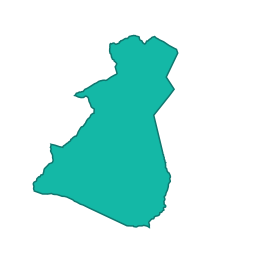 Yamaranguila, Intibucá, Honduras, rotated 23°
{"feature_id": "27666195B33223985620442", "entity_name": "Yamaranguila", "entity_type": "district", "adm_level": 2, "iso_a3": "HND", "parent_name": "Honduras", "parent_adm1": "Intibucá", "projection": "natural_earth1", "projection_center": [-88.263, 14.28], "detail": "fine", "context": "isolated", "style": "filled", "palette": "teal", "viewbox_px": 256, "rotation_deg": 23, "n_neighbors": 0, "source": "geoboundaries", "source_scale": "gbopen_adm2", "svg_char_len": 5609}
<svg xmlns="http://www.w3.org/2000/svg" viewBox="0 0 256 256"><g transform="rotate(23 128 128)"><path d="M146.7,106.2L153.4,82.1L155.3,74.3L143.3,66.2L144.5,39.6L141.9,36.7L138.8,36.5L133.5,36.0L127.0,34.7L122.6,34.6L121.9,34.5L121.1,34.3L120.4,34.2L119.0,34.2L117.3,33.6L116.8,33.4L116.4,33.8L115.1,34.8L114.7,35.2L114.4,35.8L114.2,36.6L113.1,38.1L112.2,40.2L112.0,40.4L111.6,40.5L111.2,40.8L111.2,41.2L111.2,42.8L110.9,43.8L110.5,44.2L110.3,44.3L109.1,43.8L108.3,43.8L107.5,43.1L107.2,42.7L106.4,42.3L105.3,42.5L105.1,42.5L104.9,42.4L104.3,42.0L103.5,41.2L102.8,40.0L102.5,39.8L102.1,39.8L101.2,39.9L99.9,40.2L99.2,40.2L98.7,40.1L97.3,40.6L97.1,40.6L96.0,41.4L95.0,42.0L94.1,42.9L93.7,43.0L93.3,43.4L93.3,43.8L93.2,44.4L92.4,45.9L91.0,46.4L90.5,46.8L89.8,47.7L88.4,49.7L87.8,50.1L87.3,50.5L87.2,50.9L87.3,51.3L87.2,51.5L86.7,51.9L86.5,52.1L86.5,52.4L86.7,52.6L86.8,52.9L86.8,53.1L86.7,53.3L85.7,54.3L85.1,54.7L84.5,55.5L84.1,55.7L83.7,55.7L82.8,55.5L82.1,55.3L81.9,55.3L81.2,55.6L79.8,57.1L79.4,57.3L79.0,57.1L78.9,57.2L78.8,57.6L78.8,58.3L79.0,58.5L79.3,59.7L80.0,61.1L80.1,61.4L80.2,62.2L80.9,64.0L81.3,64.8L81.8,65.3L82.0,65.9L82.5,66.3L82.9,66.5L83.5,66.6L84.8,68.6L85.0,69.1L85.3,69.2L85.6,69.5L86.8,70.7L87.0,70.8L88.0,70.7L88.4,70.8L88.7,71.1L88.9,71.5L89.2,71.8L90.2,72.0L91.6,72.6L92.5,73.2L92.6,73.3L92.6,73.8L92.6,75.4L92.3,76.7L96.7,82.1L96.5,82.6L96.0,83.5L95.1,84.4L93.0,87.1L92.3,88.0L91.2,89.8L90.5,91.0L89.6,92.4L88.9,92.9L87.4,93.3L85.9,94.1L85.2,94.7L84.1,95.4L83.5,96.0L82.9,96.5L82.5,97.1L81.9,98.1L81.3,98.9L80.9,99.4L80.0,100.2L78.3,102.7L75.6,106.6L74.3,108.2L73.4,109.0L73.1,109.7L72.5,111.9L71.5,112.4L70.1,113.7L69.5,113.8L69.1,114.0L68.2,115.2L67.4,115.9L67.1,116.0L66.9,116.2L66.9,116.4L66.7,117.5L66.6,118.2L66.3,118.9L66.8,118.8L67.4,118.7L68.4,118.8L68.8,118.8L69.4,118.8L70.0,118.9L71.4,118.6L72.8,118.4L74.5,117.6L75.2,117.2L75.4,116.9L76.2,115.5L76.4,115.3L76.6,115.2L77.1,115.1L77.6,115.0L79.3,115.5L79.7,115.8L80.4,116.7L82.0,119.0L82.6,119.4L84.1,120.8L85.4,122.3L85.8,122.8L86.3,123.0L86.8,123.2L87.8,123.4L88.8,123.6L89.5,123.7L90.9,127.7L90.6,127.9L90.1,128.3L89.9,128.5L89.3,129.4L88.9,130.2L88.7,130.8L88.8,131.9L88.7,133.0L88.5,133.7L88.1,134.3L87.9,134.6L87.5,135.5L87.3,136.3L87.1,137.2L87.0,138.5L87.0,139.0L87.0,139.7L87.0,140.1L86.5,141.9L86.2,143.5L85.9,144.1L85.5,144.6L85.3,144.8L85.0,145.0L84.8,145.1L84.6,145.5L84.4,146.0L84.1,147.9L83.7,151.1L83.7,151.6L83.8,152.7L83.8,153.4L83.7,154.9L83.5,155.8L83.4,156.0L83.1,156.1L82.8,156.1L82.6,156.1L82.3,156.6L81.9,157.1L81.1,158.4L80.6,159.9L80.0,160.6L79.9,160.9L79.9,161.1L80.0,161.6L80.1,161.9L80.0,162.2L79.9,162.5L79.5,163.2L78.8,164.2L78.7,164.5L78.6,165.0L78.4,165.3L78.2,165.6L77.7,166.1L76.7,168.2L76.2,168.9L75.8,169.5L75.5,170.1L75.4,170.6L75.4,171.0L75.5,171.3L72.2,172.0L69.4,172.2L67.3,172.4L63.5,173.1L63.7,173.3L63.8,173.7L64.1,174.9L64.2,175.9L64.2,176.2L64.9,176.7L65.3,177.1L65.4,177.4L65.6,178.3L65.6,178.9L65.7,179.3L66.2,179.9L68.9,182.2L69.2,182.6L69.8,183.7L70.1,184.6L71.6,186.7L71.8,187.3L71.9,188.1L71.9,188.6L71.8,189.1L71.7,189.4L71.4,189.9L71.1,190.2L69.6,191.6L69.4,191.8L69.1,192.7L68.6,194.2L67.0,198.0L67.0,198.3L67.0,198.5L67.1,199.6L67.5,200.9L67.8,203.4L67.8,204.0L67.7,204.3L66.4,205.1L66.2,205.3L66.1,205.9L66.1,207.0L66.1,207.3L65.9,207.5L65.6,207.5L65.3,207.5L65.0,207.8L64.8,208.0L64.6,208.8L64.2,209.6L64.0,210.2L64.0,210.7L64.4,212.1L64.3,212.5L64.1,213.0L62.8,214.5L62.7,214.7L62.6,215.2L62.6,216.1L62.6,216.4L62.8,216.7L63.1,217.2L63.9,218.1L64.4,218.9L64.5,219.2L64.5,219.7L64.6,220.1L64.8,220.7L65.0,221.0L65.2,221.3L65.8,221.8L66.1,222.2L66.3,222.6L75.2,222.1L80.0,220.1L83.1,218.2L85.1,218.2L86.2,217.9L88.7,217.0L92.1,216.7L94.0,216.6L96.2,215.8L98.5,215.4L105.1,215.6L107.4,216.3L109.5,216.2L113.8,216.7L116.7,216.4L123.6,216.8L165.3,218.4L171.2,216.1L171.6,216.4L171.8,216.5L172.6,216.3L174.2,215.9L174.8,215.4L175.6,214.4L176.2,213.8L177.5,213.3L178.9,212.7L179.7,212.2L180.3,211.6L180.7,211.4L181.8,211.2L183.3,210.9L185.2,210.9L185.8,211.0L186.2,211.2L186.5,211.2L186.4,211.0L186.2,210.9L186.0,210.0L185.4,208.6L184.4,207.4L184.2,207.2L184.0,206.5L184.1,206.0L184.8,204.0L185.0,203.3L185.1,203.1L185.2,202.9L185.4,202.6L185.6,202.3L186.8,201.7L187.1,201.4L187.1,201.2L187.1,200.8L187.0,199.4L188.0,198.3L189.1,197.6L189.7,197.1L190.3,196.5L190.7,195.8L190.8,195.4L190.8,195.0L190.7,194.4L190.5,193.9L190.4,193.6L190.9,193.1L191.5,192.7L191.8,192.4L192.0,191.9L192.1,191.1L192.3,190.5L192.5,190.1L193.0,189.8L193.1,189.6L193.0,189.3L192.0,188.1L191.9,187.7L191.9,187.4L192.3,186.7L192.7,186.6L193.2,186.3L193.4,186.1L193.4,185.8L193.3,185.3L193.0,184.8L192.6,184.6L191.1,184.1L190.9,183.9L190.6,182.9L190.3,182.5L189.9,182.0L189.7,181.6L189.8,181.0L189.9,179.9L189.9,179.5L189.8,179.2L189.4,178.6L188.4,177.5L188.2,177.1L188.2,176.9L188.3,176.6L188.8,175.5L188.8,175.3L188.7,174.5L188.5,173.6L188.4,172.7L188.5,169.6L188.0,166.2L187.8,165.6L187.3,164.3L187.2,163.8L187.3,162.8L187.7,161.1L187.8,160.8L187.7,160.5L187.5,160.1L186.7,159.1L186.2,158.3L186.1,157.8L186.2,156.5L185.3,155.2L183.6,153.6L183.4,153.4L182.1,153.3L181.5,152.7L180.8,152.4L180.6,152.1L180.3,151.5L179.6,150.8L179.5,150.6L179.4,150.3L179.3,150.2L178.8,150.0L178.3,150.0L178.0,149.8L177.8,149.5L177.7,148.9L177.4,148.0L176.9,147.1L176.4,146.3L176.2,145.3L176.2,145.0L175.7,144.9L175.2,144.8L174.9,144.1L174.6,143.6L174.5,143.2L173.7,142.8L173.5,142.6L173.3,142.2L173.0,141.4L172.8,141.0L172.5,140.7L172.0,140.3L171.7,140.0L171.5,139.7L171.3,139.1L171.0,138.7L170.7,138.5L170.4,138.4L170.2,138.3L169.8,137.4L146.7,106.2Z" fill="#14b8a6" stroke="#0f766e" stroke-width="1.5"/></g></svg>